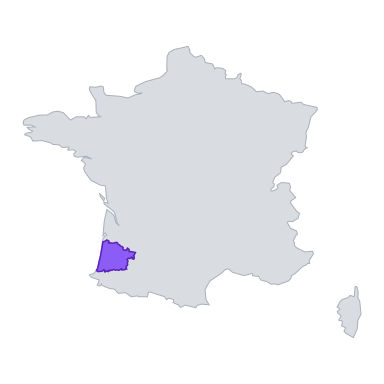 Landes highlighted on a map of France
{"feature_id": "FRA-5313", "entity_name": "Landes", "entity_type": "Metropolitan department", "adm_level": 1, "iso_a3": "FRA", "parent_name": "France", "parent_adm1": "", "projection": "equal_earth", "projection_center": [-0.514, 44.01], "detail": "fine", "context": "in_parent", "style": "filled", "palette": "violet", "viewbox_px": 384, "rotation_deg": 0, "n_neighbors": 0, "source": "natural_earth", "source_scale": "10m", "svg_char_len": 5540}
<svg xmlns="http://www.w3.org/2000/svg" viewBox="0 0 384 384"><path d="M307.2,147.9L304.5,149.2L302.9,152.0L301.2,152.6L297.9,152.6L296.3,150.9L292.5,152.0L291.0,153.8L293.4,155.9L286.1,164.7L281.3,167.0L280.5,172.8L274.9,177.1L272.9,181.6L272.8,182.6L274.3,184.0L273.8,187.0L270.9,189.0L271.0,190.9L271.8,191.1L276.3,189.6L277.9,187.8L276.9,185.4L281.3,182.5L289.4,183.2L290.5,187.1L289.6,190.4L295.7,197.6L290.8,201.0L290.6,203.2L296.1,210.5L299.5,213.5L297.9,218.4L292.5,221.6L289.0,221.3L287.5,222.1L287.8,223.6L290.4,228.1L296.4,230.9L297.5,234.3L295.9,235.5L293.3,240.6L294.6,243.1L294.2,244.2L294.9,246.0L296.5,247.7L305.0,252.0L312.5,251.2L313.5,253.7L309.2,260.4L309.6,263.4L307.3,263.5L306.9,264.5L302.4,266.7L295.1,273.6L291.7,275.6L290.4,279.0L288.4,281.0L277.8,284.9L275.7,284.0L270.5,284.1L267.1,281.6L260.8,280.0L258.6,276.4L252.7,275.8L252.3,273.4L244.1,275.6L232.5,272.3L228.3,268.8L225.0,269.7L222.1,272.8L209.8,281.1L205.0,289.8L206.1,299.8L209.1,304.8L201.5,304.1L196.9,305.5L195.8,307.7L185.0,305.1L181.0,307.3L179.9,307.1L178.5,305.0L173.1,302.6L173.9,300.9L173.2,299.4L168.2,298.2L166.5,299.7L164.6,296.7L150.6,292.2L148.3,292.2L147.5,296.8L138.5,296.7L137.2,295.9L131.4,296.8L125.3,292.6L118.4,293.4L114.2,289.0L110.2,288.7L104.4,286.5L101.8,285.3L101.5,284.0L99.8,286.0L97.6,285.5L97.2,284.9L98.6,282.5L98.9,279.7L91.7,277.6L89.8,275.6L89.8,274.5L93.6,273.6L97.1,269.7L100.5,255.6L102.9,239.1L104.7,236.0L106.9,235.1L105.1,232.9L103.0,235.8L104.3,220.8L106.9,209.5L112.8,214.1L114.2,216.1L116.0,222.8L119.3,225.7L117.2,222.9L115.0,214.0L113.7,211.5L104.2,204.0L103.9,202.3L108.1,203.2L106.4,197.7L105.5,186.1L99.7,184.9L90.6,180.0L84.4,171.1L83.7,167.8L85.4,164.3L83.9,162.1L81.3,160.6L83.4,157.7L85.2,157.3L91.8,159.0L86.4,156.2L77.7,157.2L74.3,156.2L73.7,154.1L76.1,151.5L73.2,149.8L68.2,150.2L67.6,149.5L69.1,147.6L67.9,146.9L63.8,147.6L61.5,147.0L59.3,144.9L52.8,144.4L51.3,143.1L42.4,140.6L32.9,141.1L30.4,136.8L24.6,134.7L25.8,133.3L31.6,132.1L32.7,130.9L28.6,129.1L27.2,127.3L34.9,126.9L31.4,125.1L24.0,125.2L23.0,122.6L24.1,120.0L28.4,117.7L39.3,115.1L47.1,115.0L52.7,112.0L58.2,111.2L63.4,112.7L70.4,120.1L76.1,116.8L84.4,116.9L86.1,118.8L88.4,115.4L90.2,117.4L100.5,116.7L98.1,115.4L96.2,112.3L95.9,100.7L90.7,92.4L89.4,89.3L89.8,86.8L95.8,87.3L100.9,86.1L103.3,86.9L103.9,92.2L106.0,95.3L120.0,96.3L128.1,98.0L134.9,94.9L141.3,93.6L141.8,92.9L138.1,93.2L134.7,91.8L134.3,90.4L136.0,86.2L145.7,81.6L159.9,77.7L163.5,75.1L167.6,70.4L166.7,69.3L167.1,56.5L169.1,52.4L174.5,49.4L188.1,46.4L189.9,50.4L189.9,52.7L193.6,56.2L195.4,57.3L201.4,55.4L204.3,58.7L205.3,62.5L212.6,64.0L214.8,68.9L216.1,67.8L220.6,68.0L222.8,68.5L225.8,70.6L225.0,73.6L226.3,75.0L225.1,77.7L226.1,78.8L234.4,78.8L236.9,77.6L237.9,74.9L240.4,73.3L241.3,73.8L239.9,78.8L241.1,80.1L241.9,83.8L245.0,84.1L251.3,87.0L256.6,91.8L263.0,91.0L268.1,93.7L273.3,92.3L278.3,93.7L280.0,95.1L284.9,101.9L288.4,100.6L290.9,101.4L291.8,103.3L301.2,102.2L303.0,104.1L305.0,104.8L317.0,107.4L317.3,109.9L310.8,117.2L308.3,127.6L306.4,131.2L305.8,134.0L306.5,135.8L306.2,138.6L305.1,145.5L306.0,147.5L307.2,147.9ZM358.2,293.2L357.8,297.7L359.7,301.0L361.0,314.2L357.7,320.6L357.4,328.4L353.4,337.6L346.2,333.5L344.0,331.2L345.7,327.7L341.6,325.8L342.4,322.4L341.9,320.6L339.0,320.5L338.8,319.6L340.8,317.0L340.7,315.3L337.9,313.3L337.3,311.5L339.8,309.4L338.5,307.6L337.1,307.1L340.3,301.1L342.6,299.3L348.0,297.6L350.2,295.4L353.8,296.6L354.4,296.0L355.1,286.6L356.3,286.5L357.5,287.7L358.2,293.2ZM104.7,198.3L103.8,200.9L100.2,196.4L99.8,193.9L104.7,198.3Z" fill="#d9dde1" stroke="#a8b0b8" stroke-width="1"/><path d="M96.4,270.5L96.6,270.1L97.3,269.2L97.5,268.2L98.1,266.5L99.1,261.4L99.6,259.6L100.5,255.7L102.1,247.0L102.7,242.7L102.8,241.9L105.3,241.1L106.7,240.2L106.8,240.0L108.7,240.8L109.0,241.4L108.5,242.9L109.0,243.0L109.4,243.0L110.5,242.8L112.4,243.3L116.2,242.4L117.1,242.5L117.5,242.9L117.6,243.6L117.9,244.0L119.7,245.0L119.9,245.2L120.0,245.7L120.1,245.8L120.4,246.1L121.9,246.5L123.1,247.4L123.2,247.7L122.9,249.0L123.1,249.6L123.3,249.8L126.6,250.2L127.0,249.7L127.1,248.3L127.5,248.1L129.0,249.3L129.1,249.8L129.2,250.4L129.2,251.6L130.4,251.5L135.1,252.4L135.5,252.6L134.7,253.8L134.2,255.1L133.7,255.5L134.3,257.3L134.1,257.6L134.2,258.4L134.2,258.6L134.0,258.9L133.8,259.1L133.6,259.1L132.8,259.0L132.6,259.0L132.4,258.9L132.2,258.8L132.1,258.6L132.1,258.4L132.1,258.2L132.3,258.0L132.4,257.8L132.4,257.7L132.2,257.4L131.7,257.1L131.2,257.3L130.7,257.7L130.2,258.3L129.9,258.5L129.6,258.5L129.2,258.5L128.3,258.4L128.1,258.5L127.2,259.1L127.1,259.4L127.0,259.6L127.2,259.8L127.5,260.1L127.6,260.3L127.8,260.7L127.9,260.9L128.0,261.1L128.0,261.3L127.8,261.8L127.5,262.2L127.4,262.5L127.4,262.8L127.4,263.3L127.4,263.5L127.5,263.9L127.6,264.1L127.7,264.3L127.7,264.5L127.2,265.5L126.9,265.8L126.6,265.8L126.3,265.9L126.3,266.1L126.4,266.3L126.5,266.5L126.4,267.1L126.1,267.4L126.0,267.7L126.0,267.9L126.3,268.1L126.5,268.6L126.7,269.0L126.0,269.1L124.7,269.7L122.0,270.0L121.6,269.8L121.6,269.4L121.7,269.1L121.7,268.9L121.4,268.8L121.1,268.9L119.3,270.2L119.0,270.3L116.4,269.9L115.6,270.2L115.4,270.2L114.3,269.6L113.8,269.5L113.4,269.6L112.0,270.3L110.9,270.2L110.7,270.3L110.4,270.6L110.0,270.4L109.0,270.3L109.0,270.9L108.8,271.3L108.5,271.5L108.1,271.6L107.7,271.5L106.7,270.9L106.1,271.2L105.5,271.7L105.0,272.0L104.6,271.5L104.7,270.5L104.5,270.1L103.8,269.7L103.7,270.0L102.9,270.7L101.9,271.2L101.1,271.4L99.5,271.4L98.7,271.5L98.2,271.7L97.5,271.4L96.4,270.5Z" fill="#8b5cf6" stroke="#5b21b6" stroke-width="1.5"/></svg>